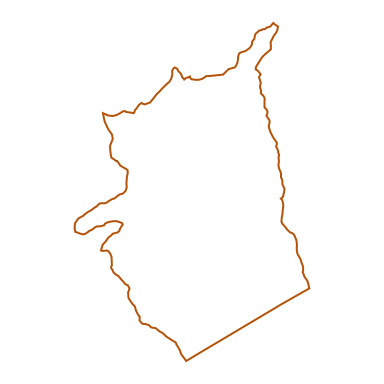 Pemathang, Samdrup Jongkhar, Bhutan (Robinson projection)
{"feature_id": "84629894B34482076468426", "entity_name": "Pemathang", "entity_type": "district", "adm_level": 2, "iso_a3": "BTN", "parent_name": "Bhutan", "parent_adm1": "Samdrup Jongkhar", "projection": "robinson", "projection_center": [91.762, 26.895], "detail": "fine", "context": "isolated", "style": "outline", "palette": "amber", "viewbox_px": 384, "rotation_deg": 0, "n_neighbors": 0, "source": "geoboundaries", "source_scale": "gbopen_adm2", "svg_char_len": 4630}
<svg xmlns="http://www.w3.org/2000/svg" viewBox="0 0 384 384"><path d="M103.0,113.2L103.8,117.6L104.8,121.9L106.8,126.1L108.3,129.4L111.9,134.4L112.3,136.3L112.6,137.5L112.7,139.1L112.0,140.8L111.3,142.7L110.4,144.8L110.1,145.9L110.1,147.6L110.2,149.6L110.7,154.3L111.5,157.7L112.7,158.5L114.1,159.4L115.5,160.5L116.3,161.1L117.1,161.0L118.2,162.5L120.4,165.7L121.7,166.4L123.3,167.4L126.1,169.0L127.6,170.2L127.7,173.1L127.2,175.6L126.8,177.6L126.4,183.9L126.6,185.5L126.7,187.5L126.1,189.4L125.6,190.8L123.9,192.7L122.1,193.9L121.0,194.0L119.8,194.4L117.4,196.0L116.1,197.1L114.2,198.6L112.5,198.9L108.7,201.1L106.5,202.7L104.8,203.3L102.0,203.2L100.0,203.4L98.4,204.6L96.7,206.4L94.9,207.4L91.4,210.1L88.2,211.8L84.5,214.5L83.1,215.9L80.4,217.3L78.3,218.6L77.1,220.2L75.7,222.2L75.1,223.4L74.7,225.6L74.7,229.0L75.3,231.8L77.5,232.6L80.1,233.6L83.3,234.4L85.3,233.8L87.7,232.2L89.0,231.1L91.9,229.8L95.1,227.3L97.2,226.3L98.2,226.5L101.1,226.1L104.1,225.3L105.0,223.7L107.2,222.5L110.3,221.7L113.2,221.2L116.7,221.2L120.6,222.5L122.1,223.1L122.7,224.5L121.2,226.8L119.8,229.2L119.3,231.0L117.6,232.4L114.7,233.2L112.7,233.7L110.9,235.7L108.7,237.2L106.1,240.9L102.6,244.9L101.0,250.5L102.7,250.9L103.7,250.9L105.4,250.7L106.8,250.5L107.8,250.8L108.6,251.5L109.8,253.1L110.6,254.5L111.4,256.5L111.6,257.5L111.6,258.7L111.7,260.4L111.8,264.1L111.9,265.4L111.4,266.2L111.0,267.5L111.4,268.5L111.9,269.2L112.6,270.3L113.1,271.4L113.4,272.2L114.0,272.9L115.2,273.9L115.9,274.6L116.7,275.1L117.9,275.6L118.6,276.3L119.7,277.6L120.7,278.8L121.7,280.0L122.6,280.9L123.9,282.3L125.0,283.8L126.5,284.7L127.9,285.4L129.5,288.5L128.1,292.7L128.5,297.9L130.3,300.9L132.6,304.1L134.5,306.0L135.0,306.8L135.9,310.4L137.1,312.8L138.0,314.6L139.7,316.7L139.7,318.0L139.5,320.5L142.0,323.5L143.9,324.1L145.3,324.0L148.7,325.0L149.5,325.6L150.8,327.2L152.5,327.7L155.5,328.1L156.9,329.2L160.1,331.8L162.1,332.7L164.0,334.3L166.2,336.5L168.7,338.1L171.1,339.7L173.3,341.1L175.3,342.2L176.2,343.3L176.4,344.5L177.7,346.4L178.4,347.6L179.1,349.1L180.1,350.7L180.8,353.4L181.6,354.7L183.0,356.6L183.6,357.4L185.0,359.2L186.1,361.0L188.5,359.6L196.6,354.7L234.3,332.3L282.7,303.5L309.3,288.4L308.7,286.0L308.4,284.3L307.8,282.5L307.5,281.1L306.0,278.8L304.9,277.4L304.3,276.4L303.6,274.1L302.7,272.4L303.0,270.8L303.2,269.3L303.0,267.1L302.7,265.4L301.8,263.4L301.2,261.5L300.5,259.2L299.7,257.8L298.9,256.3L297.8,254.6L297.3,253.0L296.9,251.0L296.7,247.8L296.9,246.2L296.8,243.5L296.6,241.5L296.2,239.8L295.2,237.3L294.5,235.7L293.6,234.2L292.0,233.0L290.0,232.3L288.9,231.3L287.0,229.4L285.5,227.2L284.9,226.6L282.9,224.4L281.6,222.3L281.5,220.1L281.8,217.3L282.4,214.1L282.7,210.9L282.9,208.4L283.3,206.5L283.3,205.0L282.9,203.6L282.7,201.5L281.9,199.5L280.9,198.7L283.3,196.3L283.4,194.4L284.1,192.2L284.4,189.8L284.5,188.9L283.1,185.8L282.4,184.3L282.4,181.8L282.0,179.3L281.0,177.5L281.0,174.8L281.1,173.8L280.6,172.1L279.3,169.1L278.5,166.0L278.6,163.7L278.9,161.5L278.8,159.7L278.5,157.1L279.0,155.9L279.1,154.7L278.4,153.3L278.1,151.2L277.6,149.4L276.7,147.7L276.1,146.5L276.3,145.6L276.8,144.5L276.8,143.0L276.3,141.8L273.7,138.3L271.7,134.6L270.0,131.0L268.8,126.7L268.9,125.0L269.4,123.3L269.6,122.0L269.5,120.3L268.7,119.2L268.0,118.1L266.5,115.9L266.7,114.8L267.3,113.8L267.4,112.6L267.4,111.2L266.8,109.9L265.6,108.5L264.7,107.6L264.5,106.5L264.5,101.5L264.7,98.6L264.1,97.1L263.2,95.6L261.6,94.2L260.9,93.3L261.0,91.9L261.1,90.6L260.8,89.6L260.1,87.8L260.1,85.6L260.7,83.4L260.5,81.9L259.0,77.2L260.6,74.2L258.0,70.9L255.7,69.3L256.0,66.9L261.7,57.7L264.9,54.4L268.2,51.7L270.9,49.2L270.8,44.5L270.6,42.6L271.0,41.4L273.6,36.1L275.8,33.1L277.2,30.6L278.0,26.6L275.0,24.5L273.3,23.0L270.2,26.6L266.5,27.7L264.8,29.2L262.9,29.2L262.0,29.8L259.0,30.7L257.5,32.2L255.5,33.8L254.8,36.2L254.3,38.9L252.2,41.5L252.0,44.3L250.4,47.1L249.2,48.4L245.3,51.1L240.7,52.5L239.1,53.5L238.1,56.8L238.1,58.4L237.5,62.5L236.4,65.0L235.1,67.3L228.5,69.2L225.8,71.8L223.2,74.5L220.7,74.9L215.4,75.4L209.6,76.0L206.1,76.1L204.7,77.3L202.0,78.9L198.7,79.8L195.3,79.8L191.4,79.2L190.2,77.9L189.9,76.5L188.0,77.4L186.0,78.0L184.2,79.5L183.5,78.4L182.3,77.5L181.9,76.6L181.6,75.0L180.9,74.1L180.1,72.8L178.8,71.6L177.7,70.3L177.4,68.8L175.9,68.1L174.7,67.5L173.3,68.7L172.2,70.6L172.3,74.9L171.7,76.6L171.5,78.1L169.3,82.0L167.2,83.6L165.2,85.6L163.4,87.2L160.0,91.0L156.5,94.4L154.1,97.5L150.1,102.5L144.8,104.4L142.9,103.8L141.4,102.9L138.7,105.2L136.7,108.2L135.1,110.0L134.2,112.5L133.6,113.2L130.8,112.6L126.2,112.0L125.0,111.1L123.1,111.3L118.5,114.1L116.7,115.0L112.8,116.0L108.3,115.5L103.0,113.2Z" fill="none" stroke="#b45309" stroke-width="2"/></svg>